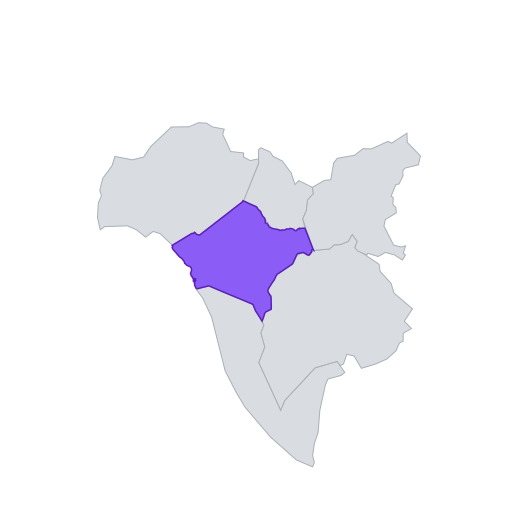 Kenya highlighted, orthographic projection, rotated 113°
{"feature_id": "KEN", "entity_name": "Kenya", "entity_type": "country or territory", "adm_level": 0, "iso_a3": "KEN", "parent_name": "Africa", "parent_adm1": "", "projection": "orthographic", "projection_center": [37.674, 0.4], "detail": "fine", "context": "with_neighbors", "style": "filled", "palette": "violet", "viewbox_px": 512, "rotation_deg": 113, "n_neighbors": 5, "source": "natural_earth", "source_scale": "50m", "svg_char_len": 5329}
<svg xmlns="http://www.w3.org/2000/svg" viewBox="0 0 512 512"><g transform="rotate(113 256 256)"><path d="M210.2,288.9L259.4,316.7L260.3,324.2L278.8,337.1L272.9,353.0L273.6,360.3L281.8,365.0L278.6,376.1L278.5,386.2L288.1,406.8L292.8,409.6L282.6,416.9L268.7,421.9L261.1,421.7L256.5,425.5L244.4,427.4L229.1,423.8L219.5,424.8L215.8,407.5L208.8,398.1L196.3,395.7L170.3,384.3L163.2,368.1L155.7,360.9L153.0,353.4L154.2,346.7L151.7,334.8L157.0,334.2L169.7,320.1L166.0,307.8L169.7,306.2L170.4,298.6L165.3,291.2L169.8,289.7L210.2,288.9Z" fill="#d9dde1" stroke="#a8b0b8" stroke-width="1"/><path d="M302.1,287.7L301.9,240.5L316.7,221.7L324.9,221.4L336.3,212.3L353.0,211.7L388.3,173.0L377.7,173.1L335.8,157.9L321.3,140.1L328.5,128.8L332.7,131.1L341.1,141.7L347.4,141.8L372.9,137.0L394.4,129.8L405.5,129.1L417.6,125.9L423.3,121.6L428.0,121.5L428.0,139.1L417.0,171.9L399.3,207.3L388.6,221.8L373.8,239.5L329.8,272.8L315.7,288.5L309.8,298.4L302.1,287.7Z" fill="#d9dde1" stroke="#a8b0b8" stroke-width="1"/><path d="M388.3,173.0L353.0,211.7L336.3,212.3L324.9,221.4L316.7,221.7L313.1,225.8L304.3,225.8L299.1,221.4L287.3,226.8L283.5,232.2L264.9,229.9L248.5,218.9L239.5,218.9L235.1,214.7L235.1,207.4L228.4,205.3L220.9,191.2L215.0,188.2L212.8,183.1L206.4,176.8L198.5,175.9L203.0,168.5L209.8,168.2L215.6,139.4L221.6,135.8L228.5,120.9L236.2,114.6L243.5,91.3L258.1,94.0L262.0,84.6L269.6,90.3L277.0,87.3L280.0,90.0L288.6,90.1L299.6,95.2L308.6,103.6L318.2,115.1L309.7,126.7L311.0,134.0L321.1,133.3L324.0,135.6L321.3,140.1L335.8,157.9L377.7,173.1L388.3,173.0Z" fill="#d9dde1" stroke="#a8b0b8" stroke-width="1"/><path d="M210.2,288.9L169.8,289.7L157.6,295.2L154.5,293.9L154.6,284.1L157.6,279.2L158.3,268.8L165.9,256.0L175.0,248.0L169.9,246.2L170.8,231.0L176.1,227.5L184.2,230.4L194.6,227.4L203.7,227.4L211.7,221.5L217.8,230.5L224.9,251.9L210.1,275.1L210.2,288.9Z" fill="#d9dde1" stroke="#a8b0b8" stroke-width="1"/><path d="M170.8,231.0L159.5,222.4L156.6,216.9L140.1,220.9L134.3,219.4L124.8,204.6L115.4,199.5L112.4,191.7L99.0,179.4L99.0,175.2L84.0,165.0L92.3,161.2L99.6,143.8L108.6,142.1L116.8,153.1L120.2,154.2L124.8,152.0L133.9,152.5L135.5,155.1L148.1,155.1L148.6,152.5L155.2,150.1L156.6,146.3L161.4,143.7L171.9,151.2L178.5,149.9L192.1,133.7L191.1,126.0L188.2,122.3L195.8,121.6L196.7,118.8L202.5,119.7L200.9,129.1L202.2,138.3L208.7,143.3L209.9,154.1L211.7,154.3L211.7,164.3L209.8,168.2L203.0,168.5L198.5,175.9L206.4,176.8L212.8,183.1L215.0,188.2L220.9,191.2L228.4,205.3L203.7,227.4L194.6,227.4L184.2,230.4L176.1,227.5L170.8,231.0Z" fill="#d9dde1" stroke="#a8b0b8" stroke-width="1"/><path d="M210.2,289.6L210.2,287.3L210.5,281.7L210.5,276.8L210.7,274.3L212.0,272.7L212.5,271.6L212.9,270.0L213.6,268.7L215.0,267.7L215.3,267.1L216.8,265.3L217.7,263.0L218.4,262.3L219.3,261.6L219.9,261.2L220.9,260.8L221.7,260.6L221.8,260.4L221.9,260.1L221.6,258.7L222.0,258.2L222.5,257.3L223.1,256.4L223.7,255.8L224.0,255.3L224.1,254.3L224.2,253.6L224.2,252.4L224.0,249.8L223.3,247.6L222.9,245.2L223.2,244.4L222.7,243.0L222.5,242.9L222.1,242.6L221.5,241.3L221.1,240.0L220.9,239.7L219.2,238.6L218.3,236.1L217.3,235.6L216.8,233.0L216.7,232.3L217.3,229.8L217.2,229.2L216.7,228.7L215.0,228.2L213.7,227.1L213.9,226.8L214.0,226.4L213.3,226.2L211.3,221.9L213.9,219.3L216.5,216.7L219.9,213.4L223.0,210.4L225.7,207.8L228.1,205.4L228.0,205.9L228.0,206.5L228.3,206.8L228.8,207.1L229.5,206.8L230.1,206.4L230.6,206.4L234.2,207.3L234.8,208.2L234.8,209.1L234.9,209.8L234.6,210.4L234.3,212.4L234.4,214.3L235.5,215.6L236.4,216.7L237.2,218.2L237.7,218.7L238.5,218.9L241.0,219.0L244.6,219.1L248.1,219.2L248.4,219.2L249.2,219.4L252.4,221.4L255.3,223.3L257.8,224.9L260.2,226.5L262.6,228.0L264.4,229.3L266.2,229.7L269.2,229.8L271.2,229.9L273.1,230.4L275.8,230.9L277.9,231.2L279.2,231.5L282.7,231.8L283.2,231.6L284.8,230.2L286.5,227.9L287.1,226.6L289.4,225.4L293.3,223.7L296.0,222.4L299.1,221.2L300.4,222.3L302.4,224.0L303.2,224.8L303.9,225.2L305.0,225.4L306.2,225.5L306.9,225.4L308.3,225.2L311.6,225.0L313.5,225.0L311.9,227.3L310.0,230.0L306.6,235.1L303.9,237.7L301.9,239.7L301.7,240.1L301.7,242.3L301.7,247.8L301.8,258.7L301.9,269.6L301.9,280.5L301.9,286.0L301.9,287.8L303.7,290.1L305.4,292.4L307.7,295.4L308.9,296.9L309.1,297.5L309.1,298.5L307.2,300.8L305.6,301.8L303.6,302.3L302.9,302.2L302.1,301.9L301.8,302.4L301.6,303.2L301.1,303.0L300.8,302.8L301.0,304.3L301.2,305.0L300.9,306.0L299.8,306.8L299.8,307.6L297.6,309.5L294.5,309.7L292.8,310.6L292.1,311.4L291.5,313.1L291.7,315.7L290.9,317.7L290.7,318.7L289.1,320.0L288.4,321.2L287.9,322.4L287.4,322.9L286.8,325.6L286.1,327.3L285.9,327.8L285.7,328.3L285.1,329.3L284.8,329.9L284.5,330.4L282.6,334.6L281.1,336.5L280.0,336.3L279.2,337.0L279.1,337.3L278.7,337.1L277.7,336.4L275.7,335.0L273.8,333.6L271.8,332.2L269.8,330.7L267.8,329.3L265.8,327.9L263.8,326.4L261.9,325.0L260.7,324.2L260.2,323.7L259.8,322.7L259.6,322.5L259.0,322.1L258.4,322.1L258.2,321.9L258.3,321.4L258.5,320.7L259.2,319.4L259.3,318.6L259.1,317.8L258.9,316.4L258.7,316.0L257.4,315.3L254.6,313.8L251.9,312.2L249.1,310.7L246.3,309.1L243.6,307.6L240.8,306.1L238.1,304.5L235.3,303.0L232.5,301.4L229.8,299.9L227.0,298.3L224.2,296.8L221.5,295.3L218.7,293.7L216.0,292.2L213.2,290.6L212.2,290.0L211.2,289.6L210.2,289.6ZM302.1,304.5L301.6,304.7L301.9,303.9L303.3,303.0L303.9,303.2L304.0,303.4L303.9,303.6L303.7,303.8L302.1,304.5Z" fill="#8b5cf6" stroke="#5b21b6" stroke-width="1.5"/></g></svg>